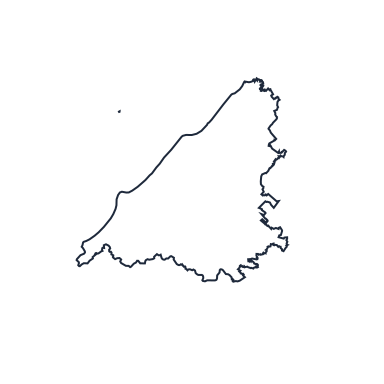 Lampung Timur, Lampung, Indonesia, rotated 221°
{"feature_id": "22746128B49036162018248", "entity_name": "Lampung Timur", "entity_type": "district", "adm_level": 2, "iso_a3": "IDN", "parent_name": "Indonesia", "parent_adm1": "Lampung", "projection": "orthographic", "projection_center": [105.589, -5.121], "detail": "fine", "context": "isolated", "style": "outline", "palette": "slate", "viewbox_px": 384, "rotation_deg": 221, "n_neighbors": 0, "source": "geoboundaries", "source_scale": "gbopen_adm2", "svg_char_len": 6023}
<svg xmlns="http://www.w3.org/2000/svg" viewBox="0 0 384 384"><g transform="rotate(221 192 192)"><path d="M84.1,207.4L84.7,211.6L84.5,212.3L85.0,213.5L85.7,213.6L85.2,214.8L85.6,214.7L86.9,215.3L87.4,217.0L89.2,217.6L89.5,219.1L90.5,220.2L92.4,218.2L92.2,217.0L97.0,214.7L97.7,216.5L96.7,217.9L98.5,221.8L99.3,222.3L102.4,223.2L103.0,221.9L102.4,220.9L105.1,219.9L106.1,217.8L108.4,217.3L108.0,216.1L112.2,216.6L112.2,216.1L113.1,215.8L114.3,216.1L115.3,215.6L116.7,215.8L116.9,216.2L117.2,215.8L121.3,215.7L121.1,217.5L115.8,217.4L115.9,219.4L116.4,219.4L116.4,220.1L116.9,220.2L118.7,220.3L119.1,220.0L125.0,220.9L122.6,221.8L122.7,224.4L123.5,224.6L127.2,224.2L127.7,224.7L127.9,224.4L128.8,224.7L131.1,223.9L130.5,233.1L129.3,233.3L128.7,234.1L126.3,235.2L123.9,234.2L119.9,233.7L120.6,242.1L122.0,240.5L133.2,240.5L133.4,238.6L134.0,238.8L134.9,238.4L134.6,237.7L135.1,237.0L136.2,236.4L136.3,235.8L138.1,235.8L138.0,239.2L140.6,240.3L140.6,241.5L141.5,242.9L142.9,242.6L145.1,243.1L147.1,245.2L150.0,249.2L150.6,251.3L149.1,254.5L148.4,254.8L148.3,258.1L149.1,260.7L148.9,261.4L148.5,261.5L148.7,264.5L148.3,264.4L148.2,266.3L149.3,266.6L148.7,267.5L149.0,268.4L149.9,268.8L149.8,269.4L150.2,269.2L150.4,271.4L150.0,271.3L149.3,272.5L149.4,273.5L148.7,274.3L149.3,274.8L148.7,275.5L148.7,275.9L149.5,276.1L149.1,276.3L149.2,277.6L148.1,277.6L146.7,278.5L145.9,278.5L146.3,279.1L146.4,280.9L147.5,282.3L147.5,284.2L148.5,284.5L150.1,284.2L150.2,280.8L150.6,280.8L150.5,280.0L151.9,278.6L153.0,279.7L152.7,278.0L160.0,277.3L162.3,278.2L164.4,277.1L164.9,277.9L164.1,278.7L165.4,279.0L165.5,279.5L163.6,284.9L163.9,285.3L163.4,285.4L163.3,287.3L171.5,288.5L173.7,289.6L175.5,289.8L175.9,290.1L176.3,293.9L176.0,295.7L176.3,297.4L176.0,302.4L176.6,304.3L176.3,304.5L177.5,304.2L179.2,304.7L180.2,305.2L180.8,306.2L183.1,307.1L181.8,309.8L182.7,311.8L182.7,312.5L184.6,313.3L186.6,316.1L186.8,317.7L186.4,319.0L188.0,319.1L188.9,320.0L190.1,319.8L190.3,317.6L190.7,317.7L191.1,315.8L194.5,316.2L195.5,316.8L194.9,318.9L199.6,320.6L200.0,319.8L200.5,320.0L200.7,320.6L201.5,319.7L202.5,320.0L202.5,316.8L203.3,316.6L203.6,315.7L204.3,315.5L204.4,315.8L203.7,316.9L204.4,317.1L205.1,315.9L205.9,315.3L205.8,313.9L206.4,313.5L207.0,314.3L206.9,316.1L207.3,316.5L207.7,316.3L207.8,314.5L208.2,314.2L208.6,314.5L208.6,317.2L207.8,318.1L207.9,318.9L208.7,318.8L210.1,317.5L210.5,317.6L210.4,318.7L209.3,320.5L210.5,321.5L211.1,321.5L213.0,319.9L213.3,320.7L212.3,321.8L212.4,322.0L213.3,321.9L214.4,320.8L215.6,320.9L216.1,320.2L215.8,318.9L216.4,319.1L217.3,320.2L217.8,320.2L217.1,316.4L219.2,317.6L219.5,316.9L218.9,315.6L219.8,313.8L221.0,312.2L224.0,310.4L223.9,309.8L224.8,309.8L224.8,309.2L223.6,304.9L223.3,300.8L224.5,294.5L225.9,292.4L226.2,291.2L225.8,278.7L224.6,259.4L224.7,255.6L225.2,254.1L224.7,252.6L225.0,244.3L226.7,239.0L229.6,234.8L233.9,231.2L235.8,228.4L236.1,227.0L235.4,210.2L235.7,199.7L234.9,192.2L235.0,187.1L234.4,179.8L234.9,176.8L235.0,170.5L236.4,160.3L238.0,153.8L239.4,150.2L241.2,148.5L245.1,146.2L246.1,144.3L245.8,141.2L244.1,137.0L240.3,132.4L238.6,129.1L236.9,123.7L236.0,118.8L235.6,107.9L236.0,100.4L236.8,95.1L238.3,89.0L239.7,85.6L241.0,83.4L241.1,82.5L239.7,79.9L239.3,78.3L237.4,78.1L233.9,76.9L233.1,76.1L233.0,74.6L234.7,71.2L234.8,65.8L234.4,64.9L231.4,64.8L230.7,64.2L229.8,62.1L228.6,62.0L228.0,62.4L227.7,65.1L226.9,67.3L224.0,69.6L224.2,73.0L223.2,76.8L224.3,77.7L223.6,81.9L224.3,81.3L224.6,82.5L224.3,83.1L223.0,83.4L222.3,84.3L221.5,87.8L220.9,88.8L222.0,89.4L222.9,90.8L222.8,91.4L221.6,92.1L223.6,94.0L222.6,96.1L219.8,96.8L217.9,96.5L216.7,95.7L216.7,94.1L215.5,92.9L214.8,92.9L214.0,93.7L212.9,93.4L211.9,92.0L209.9,92.6L209.4,92.1L209.1,91.0L208.5,90.8L206.0,90.9L205.0,93.0L203.4,94.6L201.2,94.6L200.6,92.5L198.9,91.9L193.5,92.9L191.3,94.7L189.4,94.7L189.0,95.7L188.9,99.7L188.0,102.0L188.3,104.1L187.4,104.8L184.3,104.2L180.7,107.2L181.9,109.2L182.1,110.2L181.5,112.1L179.9,112.8L177.6,115.6L177.0,117.2L178.1,118.3L177.7,122.1L175.7,122.3L174.8,123.2L174.5,124.1L171.7,122.3L170.5,122.0L169.3,122.2L168.2,123.0L167.8,125.0L166.4,126.1L166.1,129.3L165.5,130.0L162.5,130.5L161.5,129.0L156.2,127.6L154.3,128.0L153.3,128.8L153.0,130.2L152.5,130.4L151.1,130.4L151.3,130.8L149.0,130.3L148.6,130.9L149.2,131.4L147.7,131.1L146.6,129.8L145.9,130.1L144.0,129.9L144.0,131.1L142.9,132.3L140.5,133.1L140.1,134.4L138.2,134.7L136.0,133.2L134.3,133.2L132.9,133.5L130.1,135.9L129.0,136.0L127.7,135.2L126.9,134.2L126.3,132.2L125.5,132.0L123.6,133.1L122.6,135.3L116.7,140.3L116.1,141.3L116.0,142.1L116.5,143.3L118.3,145.6L118.4,149.3L119.8,151.3L119.8,152.3L118.8,153.1L117.3,153.3L112.6,152.3L110.8,153.6L109.2,153.9L106.2,153.6L104.8,152.3L104.3,153.0L103.0,152.8L102.9,151.5L102.0,151.4L100.5,153.5L98.9,154.5L97.8,156.4L96.2,162.4L98.7,162.5L98.8,163.6L99.9,163.8L100.5,163.0L101.6,162.6L101.7,162.9L104.2,163.0L103.9,164.3L106.6,163.8L106.5,166.4L107.4,167.6L107.3,168.1L107.0,167.9L106.9,168.6L106.3,168.3L105.4,168.6L105.1,169.4L104.2,168.9L103.8,169.2L103.5,168.7L103.6,169.4L103.1,169.6L103.3,170.1L102.8,170.0L101.2,172.0L100.5,172.0L97.7,173.1L97.6,173.6L95.5,174.5L95.7,175.2L95.1,176.4L93.4,177.6L93.0,178.6L94.0,179.0L94.4,178.7L94.1,179.8L94.4,180.2L95.4,180.4L96.2,180.0L96.7,179.1L98.1,179.2L98.3,178.9L99.5,179.4L102.3,179.3L102.3,178.8L102.7,178.8L102.5,178.6L102.8,178.1L102.5,177.9L103.4,177.7L103.3,177.2L103.7,177.3L104.1,176.8L105.5,178.1L103.6,180.0L103.0,181.2L98.9,183.6L98.6,184.3L98.9,184.8L99.8,185.0L99.6,185.4L101.6,186.2L102.7,187.6L101.5,188.6L100.5,188.4L99.7,189.8L99.0,189.7L97.7,191.5L98.2,192.0L98.3,193.0L97.2,192.9L96.8,194.0L96.3,194.1L96.8,194.7L96.7,196.1L97.4,197.0L98.2,196.8L98.0,197.9L98.5,200.1L99.0,200.3L98.7,201.1L98.1,201.2L97.1,202.4L98.3,204.4L96.8,205.3L97.0,206.0L96.6,206.6L95.5,205.5L95.0,205.7L94.9,206.4L93.2,207.6L90.9,207.2L90.7,208.2L90.0,208.2L89.2,208.8L88.1,207.8L86.5,207.9L85.7,206.9L84.1,207.4ZM299.6,205.4L299.9,204.6L299.9,203.9L299.3,205.0L299.6,205.4Z" fill="none" stroke="#1e293b" stroke-width="2"/></g></svg>